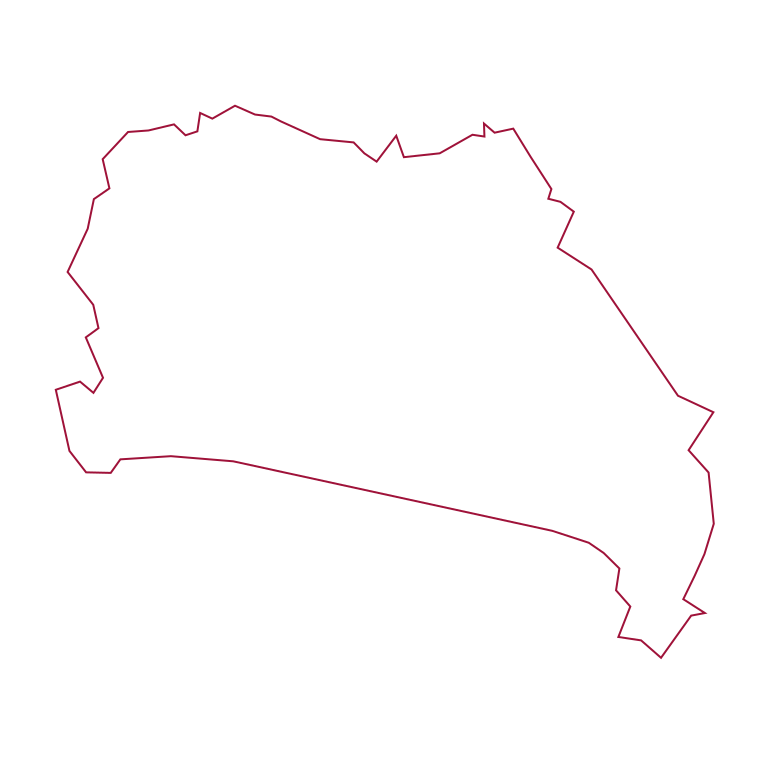 the district of Kato Pyrgos, Nicosia, Cyprus, rotated 178°
{"feature_id": "46923920B71090435504191", "entity_name": "Kato Pyrgos", "entity_type": "district", "adm_level": 2, "iso_a3": "CYP", "parent_name": "Cyprus", "parent_adm1": "Nicosia", "projection": "natural_earth1", "projection_center": [32.685, 35.18], "detail": "fine", "context": "isolated", "style": "outline", "palette": "rose", "viewbox_px": 768, "rotation_deg": 178, "n_neighbors": 0, "source": "geoboundaries", "source_scale": "gbopen_adm2", "svg_char_len": 972}
<svg xmlns="http://www.w3.org/2000/svg" viewBox="0 0 768 768"><g transform="rotate(178 384 384)"><path d="M188.3,549.6L201.3,559.9L213.3,563.4L209.9,573.0L229.6,606.0L245.9,634.7L264.7,631.3L275.0,640.8L275.0,627.8L286.9,630.0L320.3,612.6L356.2,610.0L363.1,631.7L383.6,606.5L395.6,615.2L405.9,626.5L439.3,630.9L477.8,650.0L487.2,655.2L503.5,657.8L523.2,667.3L546.3,655.2L558.3,661.3L561.7,643.0L573.7,639.5L584.8,650.8L610.5,645.6L631.0,644.8L657.3,618.5L651.6,589.1L667.5,578.9L674.7,549.5L696.3,507.0L671.8,473.3L667.4,449.8L680.4,441.0L664.6,400.0L674.7,385.3L687.7,397.0L712.2,389.7L700.7,328.1L684.8,306.1L660.2,304.7L650.1,317.9L599.5,319.3L537.4,312.0L221.0,231.4L184.9,218.2L170.3,207.4L155.2,191.4L159.3,169.7L145.6,153.0L158.6,123.0L136.0,118.8L116.7,100.7L85.1,141.8L71.3,143.9L92.4,158.5L80.2,181.5L69.7,202.8L59.3,232.8L62.7,284.2L81.9,307.2L55.8,344.3L90.6,362.0L172.6,491.2L205.7,514.2L188.3,549.6Z" fill="none" stroke="#9f1239" stroke-width="2"/></g></svg>